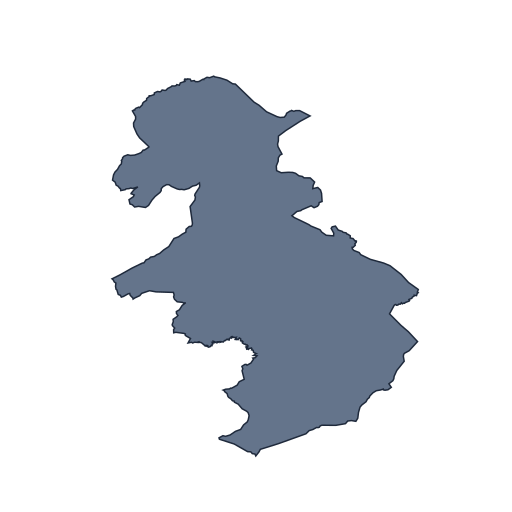 Gomoa East, Central, Ghana (Equal Earth projection), rotated 252°
{"feature_id": "2480657B26264719340764", "entity_name": "Gomoa East", "entity_type": "district", "adm_level": 2, "iso_a3": "GHA", "parent_name": "Ghana", "parent_adm1": "Central", "projection": "equal_earth", "projection_center": [-0.589, 5.477], "detail": "fine", "context": "isolated", "style": "filled", "palette": "slate", "viewbox_px": 512, "rotation_deg": 252, "n_neighbors": 0, "source": "geoboundaries", "source_scale": "gbopen_adm2", "svg_char_len": 6121}
<svg xmlns="http://www.w3.org/2000/svg" viewBox="0 0 512 512"><g transform="rotate(252 256 256)"><path d="M278.8,112.0L277.5,112.8L275.1,113.2L273.6,114.4L270.5,113.0L267.6,112.6L266.9,113.2L262.0,113.1L260.5,114.9L258.5,115.2L258.5,117.5L259.5,122.5L259.4,124.3L257.5,124.2L254.1,125.9L253.0,125.8L253.6,128.0L254.2,133.2L255.8,135.7L255.9,144.0L252.8,149.8L246.9,166.2L244.2,166.1L242.6,165.0L240.1,165.1L236.8,166.9L234.7,171.6L233.6,172.7L233.3,174.7L231.8,170.5L228.5,166.5L227.8,163.1L225.9,162.6L223.6,163.4L222.7,161.9L221.4,157.6L219.0,157.0L216.7,155.1L215.6,155.0L212.6,156.4L211.5,154.9L208.4,154.0L208.2,156.2L204.6,163.7L203.7,164.7L202.8,164.2L201.7,164.7L197.8,168.2L194.3,164.5L193.9,168.0L192.8,168.9L193.0,170.9L191.5,174.6L191.7,175.3L192.1,174.8L192.1,175.4L191.2,175.7L190.6,177.2L186.9,179.5L186.4,180.5L186.0,180.1L185.6,181.0L186.2,181.5L185.7,182.4L184.9,181.8L183.9,182.8L184.0,184.9L184.8,185.6L184.4,186.5L185.5,186.9L185.7,187.7L186.5,187.6L186.7,188.4L187.5,187.8L187.4,188.9L188.2,189.0L187.4,190.0L186.7,189.0L186.4,189.2L186.3,193.1L186.1,193.6L185.6,193.0L185.8,195.1L185.5,195.9L185.0,195.5L184.9,197.3L184.3,198.2L185.3,200.0L185.0,200.9L185.8,202.2L185.6,203.3L185.2,203.2L184.4,204.5L185.8,205.2L186.0,206.8L186.8,207.4L186.8,208.1L185.7,207.7L186.1,209.0L185.6,209.1L185.1,211.0L184.5,211.1L184.6,211.8L183.1,210.4L182.5,211.7L183.2,212.0L182.0,213.1L183.2,214.8L182.1,215.8L180.5,215.2L180.3,215.7L179.7,215.6L179.6,216.5L178.5,217.0L178.2,216.3L177.5,216.2L175.8,217.6L175.3,218.8L174.4,219.0L174.4,220.0L172.9,220.6L172.7,219.1L172.3,219.7L171.5,219.7L171.6,218.8L171.1,219.2L170.9,218.4L170.2,218.4L170.1,219.4L169.5,219.9L170.1,220.9L169.9,223.3L168.8,223.4L168.1,222.8L167.1,224.2L165.2,223.9L163.2,225.9L163.3,225.0L162.6,224.7L162.2,223.0L160.8,226.1L159.5,223.9L159.9,221.4L158.7,221.8L155.8,218.1L154.9,213.7L155.9,213.2L156.3,211.9L155.4,208.5L152.8,208.6L151.2,207.3L142.4,206.7L141.6,201.2L139.0,198.2L138.1,193.7L137.8,191.7L138.2,190.9L137.8,189.7L138.7,186.0L138.6,183.4L137.7,184.4L136.8,184.2L134.1,186.0L131.2,185.9L130.0,186.3L128.0,187.9L125.6,188.9L124.6,190.5L123.6,190.3L120.6,193.3L115.0,195.6L111.3,199.1L109.6,200.1L106.3,200.1L102.5,197.9L100.9,196.4L99.2,192.0L95.8,187.8L95.6,182.3L93.8,176.1L93.9,171.3L95.3,169.0L94.5,164.6L93.0,164.6L84.0,177.1L72.5,187.6L71.4,190.5L69.2,191.4L68.0,193.8L65.9,194.0L68.7,198.2L70.8,200.4L70.6,219.5L71.5,248.6L73.5,252.6L73.4,256.4L74.2,260.6L73.6,262.0L73.6,263.3L74.6,264.6L74.7,266.4L70.3,279.5L68.9,289.3L70.7,292.2L70.0,295.9L67.9,299.9L70.3,302.7L75.5,305.1L80.1,308.2L81.6,310.6L83.4,315.6L85.4,317.7L86.3,319.9L87.7,321.0L89.8,325.0L90.7,328.8L90.1,332.9L90.1,335.9L89.3,335.8L88.5,337.2L88.0,340.2L89.3,344.1L93.4,342.9L95.1,347.6L96.6,349.1L98.9,350.2L103.6,354.5L110.1,364.4L114.9,365.1L116.8,366.0L117.6,367.1L118.6,372.4L124.7,383.2L136.9,377.5L145.3,372.4L159.7,365.1L166.4,372.2L166.8,373.2L166.7,373.9L165.8,374.3L165.5,375.8L166.1,376.7L165.6,378.5L166.6,379.8L165.3,380.4L165.6,381.7L165.1,382.7L165.6,383.5L165.8,387.7L166.2,388.3L167.4,388.0L167.6,391.1L168.5,391.9L169.1,394.1L169.8,394.3L168.7,396.4L170.6,397.8L171.0,398.9L171.8,398.3L174.0,400.0L183.6,392.9L193.5,388.4L205.3,380.5L209.8,375.3L217.5,363.7L224.9,356.0L227.4,355.2L231.0,350.8L233.0,349.8L234.5,350.1L234.2,351.0L235.5,353.7L237.1,353.8L238.0,355.5L239.1,356.1L239.6,355.7L239.5,354.9L242.6,353.7L244.0,351.2L246.1,351.9L248.4,350.0L248.6,349.4L250.2,348.8L251.6,346.2L252.8,345.6L255.3,342.2L259.9,340.8L260.2,337.4L259.0,336.0L253.7,337.0L251.2,336.0L254.0,329.2L258.4,325.9L261.2,325.0L267.6,317.4L269.5,316.0L280.7,304.3L283.2,302.6L285.7,308.7L285.3,312.6L285.8,313.8L286.7,324.0L284.0,326.1L284.3,329.8L285.4,331.6L287.3,332.6L287.4,335.7L295.3,337.7L298.8,337.7L302.1,335.9L302.5,330.8L305.5,332.2L308.2,334.6L313.5,331.7L315.5,325.8L317.3,324.7L319.0,321.6L322.4,319.2L324.1,316.8L325.6,312.8L327.4,305.7L330.8,302.0L335.3,303.1L339.3,306.4L342.5,307.6L344.5,309.9L344.9,312.2L353.2,310.7L355.8,311.1L358.5,312.8L363.1,314.4L366.1,323.1L370.5,339.8L372.5,350.7L380.8,342.4L382.0,338.7L381.9,336.7L383.5,334.7L383.1,333.9L383.3,333.1L382.3,329.2L380.9,328.2L379.3,325.8L380.3,321.7L382.0,319.1L389.9,310.6L398.4,305.5L402.9,301.7L425.9,289.5L427.0,287.0L432.2,282.7L436.5,276.8L439.2,272.0L440.1,271.4L439.9,267.0L441.1,264.6L440.4,261.0L440.0,260.8L440.5,260.1L439.6,255.8L439.8,254.3L440.6,252.2L441.9,251.5L442.4,248.4L444.5,248.1L445.7,245.3L445.3,245.0L445.6,244.2L446.1,243.5L445.6,243.5L445.9,242.9L445.5,242.2L444.0,242.4L444.0,237.5L442.1,235.9L443.5,233.6L442.8,232.8L442.8,231.2L443.7,228.6L443.2,227.6L442.6,223.6L441.6,222.0L441.5,220.7L442.9,218.0L442.0,216.7L441.8,215.3L442.9,213.2L442.5,209.7L441.0,209.1L440.9,205.6L441.3,204.2L440.9,204.3L439.6,200.7L437.9,200.0L437.1,196.8L436.3,195.4L435.0,194.7L433.1,191.1L433.8,190.5L433.6,187.4L433.0,186.2L432.3,185.8L432.6,184.8L432.2,183.3L425.9,184.6L423.4,183.8L420.3,180.6L416.9,179.7L408.9,180.5L404.3,181.8L393.1,187.9L392.6,187.7L391.2,182.5L391.6,181.4L389.9,178.9L389.6,176.4L389.5,171.7L390.5,167.6L391.9,165.3L391.7,161.3L390.7,159.5L389.7,159.1L388.4,157.4L387.6,157.6L385.1,156.3L384.1,154.2L381.2,151.1L379.4,147.8L377.2,145.6L372.5,143.0L369.7,144.9L366.6,144.9L365.0,146.4L362.7,147.2L362.1,147.9L360.0,147.6L359.5,152.2L360.0,153.3L359.3,156.0L359.4,157.9L358.3,159.6L358.2,165.0L356.8,160.7L354.4,156.8L353.9,156.4L351.7,159.0L350.3,157.7L348.8,152.6L344.4,152.2L343.0,154.2L340.1,155.7L339.5,159.7L336.3,165.9L337.3,169.4L341.3,174.3L343.8,178.4L346.1,184.3L347.4,186.0L349.3,186.7L350.7,189.0L351.5,193.1L350.6,195.4L348.4,197.0L344.1,201.8L342.8,204.0L342.4,205.8L341.2,208.1L341.0,213.0L342.1,217.2L341.8,220.9L343.0,224.8L340.2,224.2L338.9,223.5L333.8,217.2L332.5,216.4L330.8,216.6L328.1,215.2L323.4,208.6L306.9,205.7L305.3,205.0L304.2,203.8L304.7,201.6L303.1,197.8L300.3,196.6L299.6,192.6L298.2,188.3L298.0,183.4L291.9,176.0L290.3,170.1L288.2,165.2L287.9,161.9L287.0,159.2L287.5,155.4L286.4,153.2L286.3,150.2L284.1,147.3L284.4,145.7L282.8,134.3L280.0,120.3L278.8,112.0Z" fill="#64748b" stroke="#1e293b" stroke-width="1.5"/></g></svg>